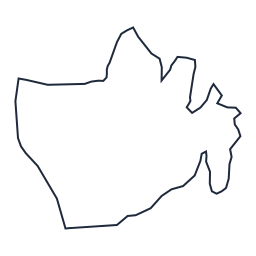 outline of Bururi
{"feature_id": "BDI-2637", "entity_name": "Bururi", "entity_type": "Province", "adm_level": 1, "iso_a3": "BDI", "parent_name": "Burundi", "parent_adm1": "", "projection": "albers", "projection_center": [29.663, -3.868], "detail": "fine", "context": "isolated", "style": "outline", "palette": "slate", "viewbox_px": 256, "rotation_deg": 0, "n_neighbors": 0, "source": "natural_earth", "source_scale": "10m", "svg_char_len": 1027}
<svg xmlns="http://www.w3.org/2000/svg" viewBox="0 0 256 256"><path d="M65.5,228.5L56.9,198.6L37.6,165.9L25.8,153.2L21.0,146.4L18.0,138.1L15.4,101.2L18.6,78.5L26.4,79.9L47.7,84.8L84.7,83.9L91.3,81.6L98.3,80.7L103.3,80.9L106.5,77.5L106.9,73.7L106.8,69.7L107.7,66.0L109.6,62.7L117.0,42.0L121.3,33.8L127.1,30.3L133.1,27.5L138.2,36.8L151.4,53.5L159.6,58.7L161.8,67.3L161.6,80.5L170.1,69.8L171.4,65.4L174.6,61.3L177.5,56.9L186.5,57.7L194.9,60.0L195.4,66.9L193.6,74.0L190.0,97.3L190.4,101.0L188.7,104.1L186.7,107.3L192.1,112.9L200.4,107.6L206.8,100.0L210.8,88.5L213.5,84.1L221.8,95.5L217.3,103.3L227.4,107.4L235.8,107.7L240.6,113.2L234.2,118.5L234.8,124.5L238.2,129.4L240.4,136.2L230.1,149.2L231.6,156.9L229.5,164.1L228.7,178.8L226.0,188.0L221.7,191.3L216.6,193.7L211.9,191.3L209.8,183.8L210.0,171.7L206.1,161.6L206.5,155.9L206.0,151.5L201.7,153.8L200.4,160.9L194.7,175.5L183.0,186.1L171.5,189.3L161.7,195.9L150.7,208.2L135.7,215.2L127.6,216.0L116.9,225.0L69.5,228.1L65.5,228.5Z" fill="none" stroke="#1e293b" stroke-width="2"/></svg>